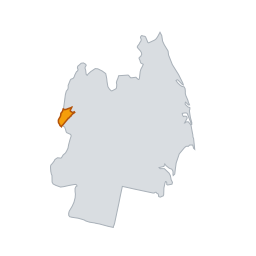 location of Djouè, Haut-Ogooué, Gabon, rotated 192°
{"feature_id": "22940354B62509297980866", "entity_name": "Djouè", "entity_type": "district", "adm_level": 2, "iso_a3": "GAB", "parent_name": "Gabon", "parent_adm1": "Haut-Ogooué", "projection": "equal_earth", "projection_center": [14.27, -0.747], "detail": "fine", "context": "in_parent", "style": "filled", "palette": "amber", "viewbox_px": 256, "rotation_deg": 192, "n_neighbors": 0, "source": "geoboundaries", "source_scale": "gbopen_adm2", "svg_char_len": 4721}
<svg xmlns="http://www.w3.org/2000/svg" viewBox="0 0 256 256"><g transform="rotate(192 128 128)"><path d="M168.3,32.2L168.2,34.4L166.3,40.0L165.4,44.2L165.2,48.8L165.7,52.4L166.6,55.0L167.2,57.8L166.8,59.8L165.8,60.7L166.5,61.7L167.8,61.9L170.2,61.0L173.8,59.5L178.6,57.3L181.7,56.2L186.8,56.9L189.6,57.7L191.0,59.3L192.5,65.8L193.3,66.8L194.5,69.5L195.5,72.9L195.8,74.6L195.7,75.8L194.6,77.6L193.4,80.2L193.0,81.8L192.0,83.0L190.8,84.2L187.3,84.6L186.8,85.3L185.8,88.2L184.0,90.5L183.2,92.8L182.5,95.8L182.6,99.5L182.3,104.9L181.9,108.5L182.8,109.8L186.9,110.7L187.7,111.4L188.8,113.6L190.2,115.8L194.0,117.1L195.4,118.7L196.6,120.5L196.8,121.9L195.9,127.8L195.1,133.3L195.4,137.6L195.7,141.7L196.2,147.6L196.0,151.2L194.9,153.4L194.9,155.1L195.4,157.2L194.4,163.0L193.8,164.0L192.1,165.0L191.3,166.6L191.0,169.0L190.1,172.3L189.1,173.5L189.1,175.1L190.0,176.2L190.0,178.0L188.4,180.0L187.3,181.6L185.1,182.4L182.5,181.5L181.9,180.4L182.6,178.6L182.3,177.2L181.4,175.7L180.1,171.8L178.9,171.0L178.2,172.6L176.1,175.5L172.4,179.3L169.8,179.6L165.1,178.4L161.1,176.6L159.2,172.2L158.0,168.6L156.3,164.3L154.4,162.3L152.4,161.0L151.5,160.9L148.6,163.3L147.7,164.2L147.7,166.2L148.0,168.1L148.4,169.0L148.8,170.1L148.7,172.0L148.2,174.5L148.0,177.2L138.9,179.8L137.3,178.9L136.1,177.7L134.8,177.9L130.8,179.3L129.3,178.3L127.9,177.6L127.2,178.2L127.2,179.3L127.8,185.7L127.6,188.2L126.7,191.4L126.3,193.5L128.7,194.1L129.6,195.1L130.4,196.7L131.6,198.2L131.7,199.2L130.4,200.8L129.9,202.9L130.5,204.5L132.2,206.2L134.6,207.9L135.8,209.1L135.7,210.1L134.6,212.3L134.1,214.2L133.4,215.9L133.5,217.5L134.6,219.0L134.5,220.3L133.8,221.3L132.3,221.1L131.0,221.2L129.8,220.8L126.3,215.7L125.5,215.6L120.3,219.5L119.0,221.1L118.0,223.4L116.6,228.3L114.2,225.4L112.2,220.1L109.8,216.9L104.8,211.6L103.5,207.8L97.8,199.2L89.6,190.7L83.7,183.3L82.8,181.6L83.8,181.8L89.5,185.5L90.3,185.1L90.9,184.3L88.5,182.3L86.1,180.8L83.9,179.9L81.7,179.9L80.4,178.4L79.6,176.0L79.2,173.9L78.2,171.8L75.1,167.4L74.3,165.7L72.6,163.4L73.7,163.1L77.0,165.3L77.3,164.4L77.0,163.1L73.7,161.0L71.8,160.9L71.4,159.4L71.6,157.7L69.2,151.3L66.7,146.5L66.3,144.2L73.1,154.6L74.0,154.8L75.2,154.7L78.0,153.6L77.5,152.2L76.2,150.7L75.0,151.4L73.4,151.5L72.5,150.9L72.2,149.8L73.7,144.7L73.1,145.0L72.6,145.9L71.7,146.3L70.3,146.6L67.0,143.9L64.0,136.6L63.3,135.1L62.5,132.5L61.7,131.5L58.3,121.0L59.6,121.8L61.2,124.8L64.1,124.2L65.3,122.5L66.3,122.5L67.4,122.1L68.7,120.5L72.5,113.3L73.6,103.8L73.2,98.2L72.7,92.7L73.9,90.9L74.4,92.0L74.7,94.0L75.3,95.5L76.6,96.8L79.2,97.2L83.1,99.2L84.5,100.5L84.9,97.9L89.4,95.7L88.1,94.9L84.0,95.8L78.5,92.4L76.7,90.3L75.0,86.3L73.2,84.1L73.3,82.2L77.3,80.5L78.3,80.7L78.8,82.8L79.8,83.6L80.2,83.4L80.4,81.6L80.4,76.8L79.2,70.0L79.6,68.7L80.7,68.2L81.6,67.3L82.3,67.1L83.7,67.3L84.3,68.9L84.7,69.7L86.1,70.1L87.2,71.0L88.1,70.7L88.9,69.8L90.1,69.6L93.7,69.6L97.0,69.6L103.5,69.6L110.0,69.6L116.5,69.7L121.4,69.7L121.4,65.8L121.4,59.8L121.3,52.6L121.3,45.8L121.3,39.5L121.3,32.0L121.5,29.9L121.8,29.0L121.7,27.7L126.8,27.7L135.9,28.2L139.9,28.1L141.0,28.2L146.0,27.9L150.0,28.3L151.7,28.9L153.3,29.1L158.1,29.4L164.4,29.0L166.6,29.1L167.8,30.2L168.3,32.2Z" fill="#d9dde1" stroke="#a8b0b8" stroke-width="1"/><path d="M195.3,133.2L195.3,132.9L195.4,132.0L195.5,131.6L195.5,131.1L195.6,130.7L195.7,130.4L195.8,130.1L196.0,129.7L196.2,129.4L196.4,129.1L196.5,128.8L196.6,128.5L196.7,128.0L196.6,127.7L196.6,127.2L196.5,126.8L196.5,126.3L196.5,125.9L196.5,125.6L196.6,125.2L196.7,124.7L196.9,124.2L197.0,123.9L197.2,123.3L197.3,123.0L197.4,122.7L197.5,122.4L197.6,122.0L197.7,121.6L197.7,121.0L197.6,120.5L197.5,120.1L197.4,119.8L197.3,119.5L197.2,119.1L197.0,118.7L196.9,118.5L196.6,118.3L196.4,118.1L196.1,117.8L195.9,117.6L195.8,117.4L195.6,117.2L195.4,116.9L195.2,116.5L194.9,116.3L194.6,116.0L194.1,115.8L193.7,115.6L193.4,115.4L193.2,116.1L192.9,116.8L192.6,117.2L192.3,117.5L191.9,118.3L190.8,120.5L189.8,122.4L189.6,122.9L189.1,123.6L188.9,123.9L188.8,124.3L188.5,125.1L188.2,125.2L188.0,125.3L187.6,126.0L187.2,126.6L186.9,127.3L186.5,127.8L186.2,127.9L186.2,128.3L186.1,128.7L185.9,128.9L185.4,129.8L185.1,130.2L185.0,130.5L184.8,130.6L184.3,131.0L183.7,131.8L183.4,132.2L183.7,132.4L183.8,132.6L184.0,132.7L184.4,132.2L184.8,132.0L185.0,131.8L185.3,131.6L185.6,131.6L185.9,131.7L186.2,131.9L186.5,132.1L187.2,132.3L187.6,132.3L187.8,132.5L188.0,132.7L188.1,133.3L188.1,133.7L188.1,134.1L187.7,134.9L187.6,135.5L187.4,136.1L187.3,136.7L187.5,136.6L188.0,136.0L188.7,135.6L189.4,135.2L190.1,134.8L190.6,134.5L190.9,134.3L191.4,133.9L191.9,133.6L192.5,133.3L193.0,133.1L193.3,132.9L193.6,132.8L193.9,132.8L194.2,132.8L194.4,133.0L194.7,133.1L195.3,133.2Z" fill="#f59e0b" stroke="#b45309" stroke-width="1.5"/></g></svg>